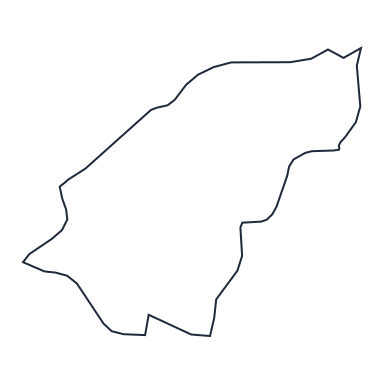 Lanao del Norte, Robinson projection
{"feature_id": "PHL-2573", "entity_name": "Lanao del Norte", "entity_type": "Province", "adm_level": 1, "iso_a3": "PHL", "parent_name": "Philippines", "parent_adm1": "", "projection": "robinson", "projection_center": [123.969, 7.959], "detail": "fine", "context": "isolated", "style": "outline", "palette": "slate", "viewbox_px": 384, "rotation_deg": 0, "n_neighbors": 0, "source": "natural_earth", "source_scale": "10m", "svg_char_len": 855}
<svg xmlns="http://www.w3.org/2000/svg" viewBox="0 0 384 384"><path d="M59.7,186.6L65.6,182.0L67.6,180.0L85.4,168.6L151.0,109.9L157.2,107.6L167.6,105.3L174.8,99.7L186.2,84.7L198.0,74.7L213.4,67.2L231.2,62.4L290.2,62.2L311.3,58.7L328.0,49.5L343.5,57.9L361.0,48.0L356.8,65.7L360.3,106.5L355.9,122.1L344.9,137.4L340.7,141.9L338.8,145.5L339.4,148.1L338.9,149.7L333.5,150.5L311.9,151.2L305.2,152.9L293.6,159.4L293.5,159.5L289.2,166.4L287.1,176.1L276.5,206.7L272.3,214.3L266.6,219.8L261.2,221.6L242.3,222.7L242.3,222.8L240.4,227.4L242.1,255.9L237.4,270.7L216.2,299.4L214.2,318.0L210.0,336.0L191.2,334.5L148.7,314.8L145.1,335.1L123.5,334.2L111.7,331.2L103.6,323.7L76.9,283.5L67.1,275.7L55.6,272.6L44.4,271.4L23.0,262.2L29.4,254.0L51.9,238.8L62.0,230.1L67.3,219.5L66.1,209.4L62.3,198.8L59.7,186.7L59.7,186.6Z" fill="none" stroke="#1e293b" stroke-width="2"/></svg>